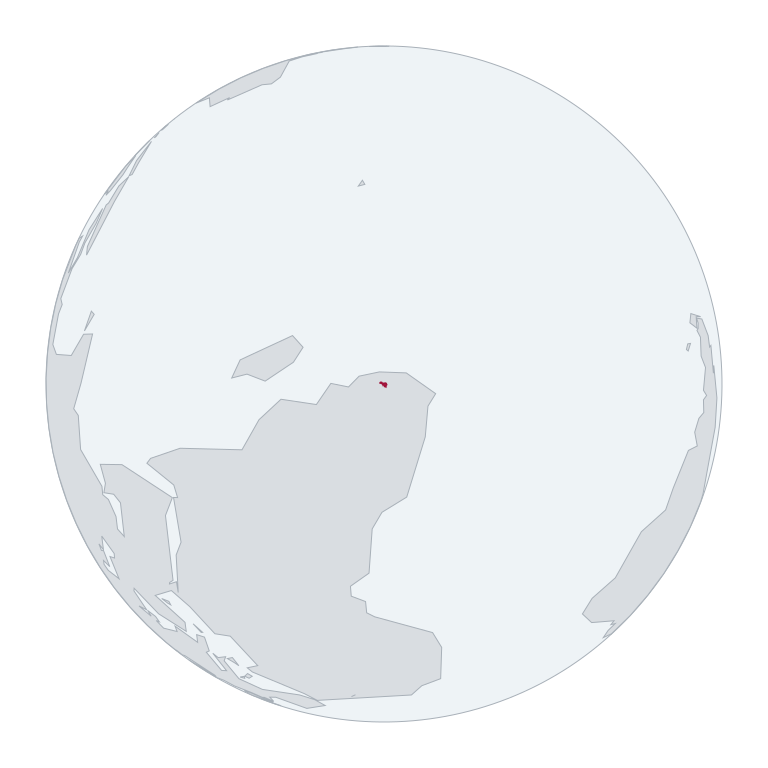 Mohale's Hoek highlighted on a globe, orthographic projection, rotated 220°
{"feature_id": "LSO-1204", "entity_name": "Mohale's Hoek", "entity_type": "District", "adm_level": 1, "iso_a3": "LSO", "parent_name": "Lesotho", "parent_adm1": "", "projection": "orthographic", "projection_center": [27.808, -30.085], "detail": "fine", "context": "on_globe", "style": "filled", "palette": "rose", "viewbox_px": 768, "rotation_deg": 220, "n_neighbors": 0, "source": "natural_earth", "source_scale": "10m", "svg_char_len": 5822}
<svg xmlns="http://www.w3.org/2000/svg" viewBox="0 0 768 768"><g transform="rotate(220 384 384)"><circle cx="384" cy="384" r="338" fill="#eef3f6" stroke="#a8b0b8"/><path d="M49.3,337.7L49.2,338.8L53.0,330.7L53.9,339.3L52.9,349.1L55.5,345.5L55.6,350.5L71.6,334.7L84.2,335.4L86.8,353.6L82.2,384.2L91.9,436.3L87.3,468.5L95.5,490.1L108.1,528.8L104.2,537.9L115.0,546.8L120.7,560.1L120.7,567.7L129.1,577.2L129.5,582.6L135.2,584.5L148.3,603.3L159.0,609.2L171.7,623.3L178.7,626.2L179.0,628.4L182.5,632.6L186.9,635.4L182.3,638.1L166.9,629.5L158.3,621.6L158.4,623.7L138.6,604.0L143.3,610.2L120.0,587.3L102.5,563.7L69.0,504.9L65.7,497.3L57.6,471.6L51.7,445.2L47.8,418.5L46.2,391.6L46.6,364.6L49.3,337.7ZM194.2,635.2L184.7,639.1L188.1,636.2L180.2,627.9L189.0,627.5L194.2,635.2ZM175.3,612.1L172.2,604.8L174.5,604.8L177.1,610.0L175.3,612.1ZM356.0,47.2L345.0,48.9L334.7,50.4L332.9,50.0L356.0,47.2ZM697.2,257.2L709.1,291.8L711.2,300.0L710.0,303.6L708.7,296.9L697.1,266.1L700.1,283.8L709.1,312.6L712.4,337.6L707.8,322.1L703.8,299.8L699.7,288.4L697.1,271.8L686.5,241.7L681.6,238.0L678.4,228.5L663.1,201.4L654.0,196.1L641.9,204.8L646.1,229.0L639.4,235.0L616.6,189.8L605.8,165.6L598.0,163.4L574.3,138.8L534.3,124.3L528.3,118.4L520.9,118.4L504.1,110.2L494.9,101.6L484.9,100.2L509.5,123.6L520.2,125.8L528.7,120.7L533.6,128.9L549.7,140.1L532.9,153.8L473.1,160.9L466.9,142.8L419.4,98.0L420.6,94.2L420.4,93.7L419.8,92.9L415.9,99.1L407.6,92.0L433.3,119.4L437.8,132.4L472.3,161.8L469.1,164.3L480.1,171.5L514.7,170.9L515.0,177.0L498.9,203.7L450.5,242.3L456.8,276.3L453.1,306.1L422.6,324.8L425.1,350.3L409.3,358.9L408.1,374.0L395.3,390.3L374.1,406.8L338.2,409.8L336.1,395.3L318.4,370.0L293.9,312.0L303.1,284.4L299.9,265.4L273.9,229.5L279.7,207.5L272.7,200.4L258.3,205.5L250.2,197.6L241.4,199.7L187.0,224.8L170.5,219.3L151.2,194.7L161.1,177.2L163.1,163.4L231.7,98.8L246.0,95.6L299.7,78.8L306.3,78.7L299.7,87.1L339.7,92.0L353.0,84.0L389.6,88.6L414.1,89.1L423.4,75.0L383.2,73.5L376.5,67.4L409.0,63.1L444.1,66.9L442.6,64.8L420.7,58.5L429.0,56.5L413.1,56.5L419.4,58.6L409.6,59.1L403.2,57.4L406.4,56.4L395.9,55.3L383.4,61.4L388.4,64.2L360.7,66.3L366.4,71.6L358.8,74.7L346.3,67.2L347.7,64.3L324.3,60.2L320.3,63.2L342.1,67.7L335.2,67.8L330.0,73.3L328.5,69.2L305.7,65.0L280.8,71.9L248.7,91.6L234.3,97.6L222.4,99.9L234.6,85.9L265.5,74.5L270.2,70.7L264.5,70.0L274.3,67.0L275.7,65.8L287.4,62.4L304.4,56.6L316.3,54.1L323.5,51.6L330.6,50.4L324.3,51.9L326.4,52.2L356.1,48.6L362.0,47.9L364.3,46.9L372.2,46.7L370.5,46.4L385.2,46.1L410.1,47.1L434.9,49.9L459.5,54.6L483.6,61.1L507.1,69.3L530.0,79.3L552.1,90.9L573.3,104.1L593.5,118.8L612.5,135.0L630.3,152.6L646.7,171.4L661.6,191.4L675.1,212.4L687.0,234.4L697.2,257.2ZM208.0,123.6L206.1,127.6L208.0,123.6ZM481.7,80.7L502.5,86.1L492.4,76.7L499.6,78.3L493.5,74.9L491.6,76.0L476.7,67.8L485.4,68.5L482.5,65.9L475.4,64.0L461.8,64.5L483.0,75.7L478.6,77.5L481.7,80.7ZM273.8,64.6L275.9,63.8L271.1,65.6L256.0,71.4L262.7,68.6L273.8,64.6ZM286.8,60.4L293.9,59.2L290.2,60.9L264.2,69.1L274.8,65.1L270.4,66.2L282.4,61.9L283.2,61.5L286.8,60.4ZM314.1,74.9L319.3,74.4L327.5,73.0L324.3,77.0L314.1,74.9ZM298.2,71.9L302.9,70.6L302.4,74.5L297.1,75.4L298.2,71.9ZM305.9,67.0L303.2,70.2L301.5,69.0L305.9,67.0ZM328.7,51.1L333.8,50.2L334.2,50.3L331.2,51.1L328.7,51.1ZM416.4,76.8L409.1,79.2L405.4,77.7L408.7,77.1L416.4,76.8ZM364.3,76.2L376.1,77.6L363.3,77.2L364.3,76.2ZM530.9,519.1L531.5,526.2L527.0,524.6L530.9,519.1ZM509.7,310.0L485.2,362.3L469.6,360.1L467.4,342.5L476.9,309.8L495.3,303.5L504.5,290.7L509.7,310.0ZM717.2,435.9L716.4,443.3L716.1,444.4L717.2,435.9ZM718.2,424.9L717.9,432.1L717.7,426.8L718.2,424.9ZM716.9,441.9L716.8,442.4L717.7,435.0L717.3,439.3L717.3,439.8L716.9,441.9ZM718.1,420.4L714.2,395.7L711.6,382.6L713.1,379.7L717.2,396.3L718.1,420.4ZM712.8,378.8L707.8,350.5L694.7,291.5L699.6,298.7L711.9,342.6L711.3,345.6L714.4,365.3L712.8,378.8ZM721.9,385.1L721.7,387.9L721.0,399.6L719.6,384.8L718.5,376.6L717.9,355.8L718.3,349.8L719.5,355.0L720.2,349.8L721.9,385.1ZM647.6,232.1L655.0,251.7L650.8,251.1L647.6,232.1ZM603.3,641.1L597.1,646.1L599.8,643.5L612.4,632.9L605.2,639.5L603.3,641.1ZM621.1,624.8L621.1,624.7L629.4,615.9L645.4,597.9L644.9,597.9L650.6,591.5L647.3,594.6L657.0,582.0L664.2,570.5L660.6,552.5L663.2,541.5L669.8,534.8L686.5,500.9L686.4,504.1L695.5,484.7L701.7,491.0L708.5,478.4L707.7,480.8L700.0,503.8L690.6,526.2L679.6,547.8L667.1,568.5L653.1,588.4L637.8,607.1L621.1,624.8ZM714.9,452.6L714.9,452.4L715.0,452.2L714.9,452.6ZM720.4,416.4L720.0,419.9L720.3,416.0L721.5,401.1L721.6,398.3L720.4,416.4Z" fill="#d9dde1" stroke="#a8b0b8" stroke-width="1"/><path d="M381.5,384.3L381.4,384.2L381.3,383.8L381.2,383.7L380.9,383.4L380.7,383.0L380.8,383.0L381.2,382.8L381.3,382.7L381.5,382.8L381.6,382.7L381.8,382.6L381.8,382.9L381.8,383.0L381.7,383.1L381.8,383.3L381.8,383.5L382.0,383.6L382.3,383.7L382.5,383.4L382.6,383.2L382.8,383.0L383.0,383.1L383.2,383.3L383.3,383.4L383.5,383.3L383.7,383.2L383.8,383.1L384.0,383.3L384.1,383.2L384.1,382.9L384.3,383.1L384.4,382.9L384.5,382.8L384.7,383.0L384.8,383.0L385.1,383.1L385.3,383.1L385.4,382.9L385.4,383.1L385.6,383.0L385.6,382.9L385.8,382.9L386.0,383.0L386.3,383.2L386.5,383.3L386.5,383.2L386.4,382.9L386.5,382.8L386.7,382.7L386.8,382.6L387.0,382.6L387.3,382.4L387.5,382.4L387.7,382.2L387.8,382.3L387.8,382.5L387.8,382.9L387.8,383.0L387.7,383.1L387.4,383.3L387.2,383.4L387.2,383.5L386.9,383.7L386.7,383.5L386.5,383.4L386.4,383.5L386.2,383.6L385.8,383.6L385.7,383.7L385.6,383.8L385.4,383.9L385.0,383.9L384.8,383.9L384.7,383.9L384.6,384.0L384.4,384.3L384.5,384.5L384.4,384.7L384.3,384.8L384.1,385.0L383.9,385.1L383.7,385.1L383.6,385.4L383.6,385.5L383.4,385.7L383.1,385.5L382.9,385.6L382.8,385.8L382.7,385.8L382.4,385.7L382.2,385.4L381.9,385.4L381.7,385.3L381.8,385.2L381.6,384.9L381.7,384.5L381.8,384.4L381.7,384.3L381.5,384.3Z" fill="#f43f5e" stroke="#9f1239" stroke-width="1.5"/></g></svg>